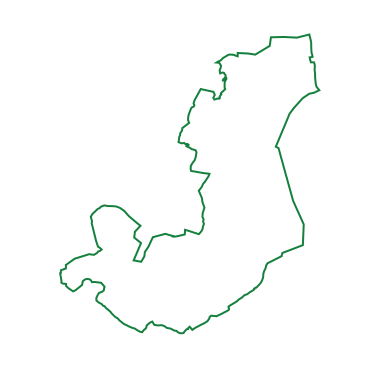 Fufore, Adamawa, Nigeria (Mercator projection), rotated 349°
{"feature_id": "59680162B6607126567740", "entity_name": "Fufore", "entity_type": "district", "adm_level": 2, "iso_a3": "NGA", "parent_name": "Nigeria", "parent_adm1": "Adamawa", "projection": "mercator", "projection_center": [12.553, 9.248], "detail": "fine", "context": "isolated", "style": "outline", "palette": "green", "viewbox_px": 384, "rotation_deg": 349, "n_neighbors": 0, "source": "geoboundaries", "source_scale": "gbopen_adm2", "svg_char_len": 4573}
<svg xmlns="http://www.w3.org/2000/svg" viewBox="0 0 384 384"><g transform="rotate(349 192 192)"><path d="M198.9,192.0L200.6,200.0L200.5,201.3L200.3,203.3L200.6,205.6L201.2,209.8L198.4,214.9L198.4,215.0L197.5,218.4L198.2,220.9L197.3,223.0L197.6,225.6L195.9,228.5L195.8,228.9L195.6,229.8L194.0,232.1L190.7,234.7L180.5,229.1L178.0,227.8L176.8,232.3L169.8,232.6L166.0,232.5L165.5,231.9L165.1,232.1L164.8,232.0L165.1,231.7L163.1,230.7L161.7,230.0L159.8,229.0L157.9,228.0L145.0,228.9L138.6,237.6L134.3,241.9L132.9,246.2L128.8,250.8L121.7,248.0L132.2,232.4L126.6,225.7L128.4,220.1L135.0,215.3L132.7,212.7L132.5,212.4L130.8,210.4L128.8,207.8L127.5,206.2L125.6,203.9L124.2,201.6L122.9,199.3L121.6,197.3L120.9,196.6L120.0,195.7L118.4,194.0L116.4,192.7L114.8,191.7L111.2,190.7L106.6,189.7L103.3,188.4L99.7,189.1L98.4,190.1L96.1,190.7L94.9,191.5L94.1,192.0L93.1,192.7L90.8,194.0L89.1,195.6L88.7,196.2L87.9,197.0L88.3,201.5L87.6,203.5L88.5,221.5L88.6,222.2L89.3,227.7L91.4,229.8L92.3,231.3L89.9,232.4L88.5,232.5L87.2,233.7L83.8,235.0L79.1,233.4L76.0,233.8L64.1,235.1L54.7,239.4L54.3,239.5L53.6,243.0L48.4,243.8L47.8,246.5L47.1,246.6L47.1,247.2L47.0,248.8L47.0,251.6L46.9,253.9L46.9,254.5L46.7,254.8L46.5,256.2L47.7,257.2L48.6,257.6L48.8,257.6L50.8,258.2L50.5,259.2L50.6,260.4L52.1,262.6L56.4,266.9L59.3,266.0L66.3,262.3L67.9,258.6L70.4,257.4L72.6,257.3L74.9,258.2L76.0,259.5L76.6,261.4L79.4,261.8L81.9,262.6L85.5,263.8L87.3,266.8L88.1,268.5L87.5,269.4L86.6,271.8L84.7,272.8L81.5,273.3L79.8,275.1L77.8,277.9L77.5,280.4L79.6,282.9L82.1,284.9L83.0,286.7L84.5,287.5L85.1,289.0L87.0,291.3L89.0,293.9L89.4,294.7L90.0,295.9L91.3,297.8L92.9,300.1L93.3,300.5L94.9,301.8L96.2,304.1L100.1,308.7L101.1,309.3L104.0,311.6L107.2,313.8L107.3,313.9L109.9,315.2L111.5,316.9L114.2,319.2L116.4,320.1L117.7,318.9L119.1,317.8L120.1,317.5L121.3,316.3L122.0,314.4L125.0,312.6L126.6,312.0L128.3,311.6L129.6,315.2L133.1,316.5L136.8,316.9L139.6,318.6L141.2,320.5L145.1,322.1L148.1,324.6L150.3,325.4L151.2,326.8L153.0,328.2L155.4,328.8L157.0,328.7L157.6,327.9L158.8,327.0L160.4,325.7L162.0,325.8L162.4,324.7L164.0,323.8L166.0,327.4L168.9,326.1L171.1,325.4L176.4,323.8L179.0,323.2L181.3,322.2L182.3,321.9L183.3,321.0L184.7,319.7L185.5,318.0L187.2,317.1L192.5,318.6L195.1,317.9L198.7,317.0L199.7,316.6L202.0,316.0L204.3,315.3L204.6,315.2L205.7,314.6L206.2,313.2L205.8,312.4L205.8,311.9L206.3,311.2L209.0,310.2L213.0,308.7L215.0,308.0L217.4,306.5L220.7,305.2L222.4,304.2L223.9,303.2L226.6,302.9L230.1,301.2L232.6,300.4L234.6,299.4L234.5,298.8L236.1,298.0L236.8,298.2L239.4,296.4L241.7,294.7L243.0,293.4L244.3,291.5L245.3,289.8L245.9,288.2L246.3,286.2L247.6,283.6L249.6,281.0L250.9,278.1L252.5,276.4L267.7,272.1L267.8,271.6L268.2,271.0L269.1,269.1L290.7,265.3L295.5,245.1L289.6,220.0L287.4,192.4L285.7,170.3L285.3,165.4L282.9,163.5L283.4,162.8L297.5,141.7L302.4,134.3L302.8,133.7L308.5,128.6L309.6,127.8L318.6,121.0L321.2,119.9L323.1,119.1L325.9,117.9L330.5,117.9L336.4,116.4L334.3,112.4L334.1,109.6L334.4,106.4L334.6,103.9L335.2,100.0L335.5,99.2L335.5,98.2L335.5,97.2L335.8,94.9L336.5,92.3L336.8,90.3L336.5,88.0L333.5,87.4L333.2,84.6L333.2,82.3L336.1,82.4L336.2,80.5L335.9,78.2L336.5,73.6L337.5,68.0L337.5,67.9L337.5,65.4L337.2,59.8L324.5,60.5L311.6,57.3L299.0,55.2L296.2,63.4L280.3,69.2L273.6,66.8L268.0,65.4L264.7,64.6L263.4,64.2L262.7,67.5L261.5,66.9L259.1,65.3L255.6,64.3L253.8,64.3L250.5,65.5L248.2,66.3L245.3,68.3L242.5,69.0L240.8,69.6L243.4,70.4L244.6,73.7L243.5,76.2L242.3,78.0L242.3,81.0L244.6,80.5L246.1,81.1L246.5,82.5L247.2,83.5L247.1,85.0L246.2,85.9L247.4,86.5L247.4,87.3L247.1,87.9L245.9,87.1L244.3,87.2L243.8,87.9L243.6,88.4L245.4,88.8L245.8,89.4L244.9,90.8L243.9,96.1L244.2,97.4L239.2,100.6L239.0,101.4L239.3,101.8L237.3,103.6L237.2,105.2L236.4,105.6L235.5,105.1L233.3,105.4L231.5,105.5L230.9,103.6L232.9,101.0L232.2,97.8L220.2,92.6L212.3,102.1L211.3,103.6L210.4,105.6L210.7,106.3L210.9,107.3L210.1,108.4L209.1,108.7L208.0,108.9L207.0,109.8L204.9,113.2L203.7,115.1L202.7,117.4L201.8,120.7L202.1,122.0L202.4,123.6L194.7,127.4L194.1,129.5L192.8,131.0L191.6,132.1L191.4,133.1L191.1,134.0L190.5,134.8L189.9,135.7L189.6,136.8L189.1,138.4L188.3,140.5L189.1,141.0L191.2,142.3L193.7,142.4L194.7,143.7L196.9,144.1L197.6,145.1L196.7,145.8L196.2,145.3L196.1,145.0L195.8,145.0L195.2,145.8L195.8,146.4L198.2,148.1L199.9,149.8L203.5,151.7L204.0,153.8L202.3,158.4L200.7,161.3L198.7,163.0L197.7,164.0L195.8,166.2L195.4,167.8L195.1,168.9L195.1,171.1L206.3,175.4L212.6,177.5L211.0,180.0L206.3,184.7L204.6,185.9L202.7,188.7L201.5,189.8L199.9,191.2L198.9,192.0Z" fill="none" stroke="#15803d" stroke-width="2"/></g></svg>